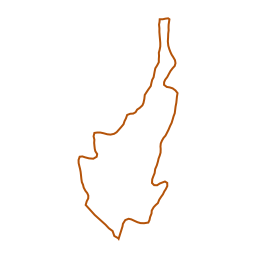 IV-2 Buxton/Mahaica, Demerara-Mahaica, Guyana, rotated 182°
{"feature_id": "73187651B35939089598366", "entity_name": "IV-2 Buxton/Mahaica", "entity_type": "district", "adm_level": 2, "iso_a3": "GUY", "parent_name": "Guyana", "parent_adm1": "Demerara-Mahaica", "projection": "orthographic", "projection_center": [-58.08, 6.451], "detail": "fine", "context": "isolated", "style": "outline", "palette": "amber", "viewbox_px": 256, "rotation_deg": 182, "n_neighbors": 0, "source": "geoboundaries", "source_scale": "gbopen_adm2", "svg_char_len": 2106}
<svg xmlns="http://www.w3.org/2000/svg" viewBox="0 0 256 256"><g transform="rotate(182 128 128)"><path d="M100.1,237.8L100.2,235.1L100.6,232.4L100.1,228.8L100.0,225.0L99.6,221.5L99.1,217.5L98.7,214.1L98.6,210.6L99.1,207.3L99.8,204.3L99.5,201.2L99.6,197.9L99.5,194.8L101.2,191.3L102.8,188.6L103.3,185.6L103.7,183.0L104.2,179.6L105.5,177.0L106.2,173.7L106.7,170.7L109.1,167.1L110.8,164.3L112.4,161.6L112.7,157.6L113.4,153.6L114.4,151.1L117.0,148.5L119.5,146.7L121.0,144.0L123.3,142.6L126.3,142.3L129.3,141.0L130.4,137.5L131.7,134.7L132.6,131.6L134.6,129.0L137.3,125.7L139.2,123.4L141.7,121.7L145.2,120.8L148.4,121.0L152.2,121.9L155.5,122.5L158.6,122.4L161.4,121.9L162.1,118.5L161.2,115.2L161.3,111.9L160.9,108.8L160.5,106.1L159.8,103.6L157.9,100.9L158.3,98.2L161.6,96.1L165.9,96.3L169.9,97.2L172.6,98.0L175.3,97.6L176.3,94.3L176.1,91.2L175.4,88.6L174.5,85.5L173.8,82.4L173.3,79.0L172.8,75.4L172.2,72.2L171.0,69.8L170.2,66.9L168.4,63.8L166.4,61.4L165.3,59.0L165.3,56.2L166.7,53.3L167.6,49.6L167.2,49.2L158.2,39.9L147.1,30.6L143.6,27.1L139.8,24.5L137.9,19.6L133.9,17.5L133.5,17.0L130.1,29.3L129.7,32.1L127.5,35.9L124.2,37.3L121.5,36.8L118.7,35.6L115.3,34.2L112.2,33.4L108.6,33.4L104.4,34.2L103.3,36.8L102.8,39.7L101.5,43.4L101.4,46.3L99.6,49.7L97.7,51.9L95.5,54.0L94.3,57.4L92.5,60.4L90.8,62.9L89.5,65.9L88.1,68.2L86.7,71.4L86.9,74.5L89.2,75.8L91.6,74.8L94.2,73.7L96.9,71.8L99.9,71.8L102.1,73.9L102.0,77.6L101.0,80.6L99.8,83.9L99.4,87.9L97.9,91.7L96.9,95.6L96.4,98.4L95.3,101.7L94.6,104.5L94.6,108.1L94.9,110.7L94.7,113.7L93.6,116.6L92.1,119.4L90.3,121.6L88.9,124.5L87.4,127.8L86.0,131.5L84.6,134.6L83.6,138.3L82.8,141.5L81.8,144.4L81.5,147.7L81.2,151.1L80.6,154.8L80.4,157.7L80.2,161.0L79.7,164.6L81.9,167.2L84.8,169.2L87.6,170.0L90.7,170.4L93.5,172.4L93.5,175.1L92.5,177.6L90.6,180.2L89.3,182.9L87.6,186.3L85.5,189.3L83.5,191.6L82.8,194.4L83.4,197.4L85.4,200.6L87.0,202.9L88.2,205.3L89.4,208.1L90.6,211.6L91.2,215.9L91.1,220.0L91.1,223.6L90.8,227.1L91.0,229.8L91.0,232.7L90.7,235.4L90.5,237.1L90.4,238.1L91.7,239.0L94.3,238.6L97.0,237.9L100.1,237.8Z" fill="none" stroke="#b45309" stroke-width="2"/></g></svg>